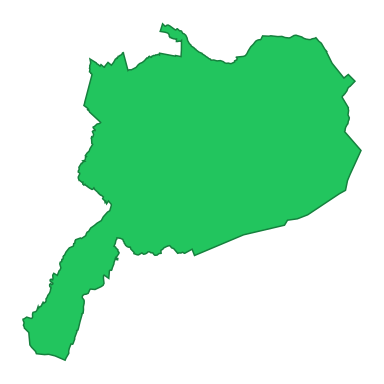 the district of Atlautla, México, Mexico
{"feature_id": "50627088B45951855748023", "entity_name": "Atlautla", "entity_type": "district", "adm_level": 2, "iso_a3": "MEX", "parent_name": "Mexico", "parent_adm1": "México", "projection": "equal_earth", "projection_center": [-98.761, 19.016], "detail": "fine", "context": "isolated", "style": "filled", "palette": "green", "viewbox_px": 384, "rotation_deg": 0, "n_neighbors": 0, "source": "geoboundaries", "source_scale": "gbopen_adm2", "svg_char_len": 5737}
<svg xmlns="http://www.w3.org/2000/svg" viewBox="0 0 384 384"><path d="M84.7,102.4L84.8,102.6L83.9,105.5L87.0,107.8L88.1,108.9L87.5,109.6L88.2,110.3L88.7,110.1L89.6,112.1L100.7,122.4L100.4,122.9L99.2,123.6L97.1,124.0L94.5,126.4L93.1,127.1L93.2,127.8L95.2,130.0L95.0,130.6L94.4,130.4L93.2,130.7L92.4,131.6L93.3,133.5L93.6,134.6L92.8,136.9L92.3,137.1L91.7,136.8L91.6,138.0L91.2,138.2L91.6,139.5L91.8,143.4L92.7,144.3L90.1,148.5L89.1,151.2L87.2,152.9L85.7,155.1L85.3,155.8L86.4,156.6L85.5,157.2L85.3,159.4L84.6,160.4L83.2,160.7L84.5,161.4L83.5,161.6L82.7,162.5L82.5,162.4L81.9,163.5L81.3,163.4L78.9,167.3L79.2,169.4L78.4,170.7L78.2,172.0L79.7,173.1L79.7,174.0L78.2,177.1L78.4,177.5L78.3,178.1L79.1,180.4L79.5,180.3L82.2,182.5L82.8,182.2L82.8,184.1L83.9,185.1L84.9,184.4L85.0,184.9L87.3,186.2L87.2,186.4L89.8,188.2L91.9,189.4L92.8,189.3L93.9,187.9L94.9,189.7L98.7,193.1L98.5,193.3L100.5,195.1L100.8,194.9L103.4,196.9L102.6,198.7L104.7,200.7L105.1,202.4L105.8,201.4L106.6,203.8L108.5,201.0L111.3,204.4L111.3,205.5L109.8,210.7L107.5,212.1L103.3,216.8L101.3,220.6L97.0,223.2L94.3,225.5L90.7,228.0L88.6,231.4L87.2,232.1L86.4,233.5L85.7,235.7L81.5,238.5L80.5,238.0L79.9,238.2L75.7,239.7L75.0,240.9L74.8,243.1L73.7,243.6L73.4,246.1L69.3,247.9L66.0,252.0L64.5,255.2L63.7,255.7L63.1,256.7L63.2,258.1L62.7,259.3L61.9,259.4L61.6,261.6L60.2,262.2L59.8,263.9L60.9,267.9L59.9,270.2L59.2,270.6L57.3,275.4L53.8,273.3L52.7,275.2L53.0,278.1L52.7,279.8L52.2,279.9L51.3,279.2L50.8,279.3L50.2,279.8L50.1,280.9L52.8,283.1L52.9,283.8L52.4,284.4L51.6,284.7L50.7,283.5L49.7,284.4L49.6,285.3L49.8,286.4L50.3,287.1L50.9,287.1L51.1,288.1L50.7,288.7L50.3,291.2L49.4,293.3L47.8,295.4L47.0,297.6L46.0,298.9L46.1,300.7L45.5,302.2L44.8,302.4L44.2,303.1L43.5,303.2L43.3,302.2L43.0,302.2L42.7,303.7L42.3,303.7L41.3,306.0L40.7,306.6L40.3,306.4L39.8,306.7L38.5,308.2L38.1,306.6L36.9,310.3L35.9,311.6L33.0,312.4L32.5,314.1L32.6,317.2L31.8,318.4L30.8,318.4L26.7,317.1L24.2,318.8L23.0,319.2L23.1,320.3L24.0,322.3L24.0,323.5L23.4,325.2L24.3,327.0L24.3,328.0L28.8,332.5L29.9,344.9L31.6,347.3L35.6,351.5L36.4,353.7L44.5,354.6L48.7,354.3L55.1,355.9L65.1,360.2L66.1,357.9L68.8,353.3L68.7,351.1L69.3,348.3L71.0,344.0L72.7,344.2L73.2,343.2L74.8,338.9L74.5,338.2L77.0,331.4L76.7,330.5L77.9,330.1L78.5,328.1L80.0,321.7L82.1,314.4L81.8,314.0L82.8,312.9L83.1,313.0L83.5,309.8L83.4,306.7L84.1,303.4L84.2,300.9L83.9,299.9L82.3,297.8L82.3,296.6L82.7,295.5L84.2,294.4L86.1,294.2L88.2,293.3L90.0,289.3L90.8,289.1L95.0,289.5L101.2,286.6L103.1,285.3L104.0,283.3L103.4,277.9L103.6,275.4L104.2,275.1L108.8,278.4L109.4,270.9L110.2,270.1L111.4,270.3L111.8,269.9L112.3,267.9L113.9,263.9L114.0,262.5L115.1,259.3L117.6,259.8L117.8,258.5L115.5,258.0L116.0,257.1L116.3,257.3L118.9,253.5L119.0,252.9L118.7,252.6L118.9,252.3L117.7,250.9L118.0,250.0L117.5,249.4L116.1,248.2L115.6,247.1L114.0,246.3L115.3,243.3L115.9,240.2L116.7,239.3L117.0,237.8L120.3,238.3L122.8,239.4L123.5,241.4L124.0,241.9L124.4,243.5L124.8,243.7L125.6,245.3L127.3,246.7L129.1,247.3L129.9,247.0L130.4,247.2L130.7,248.9L134.1,252.5L133.9,253.6L137.2,254.8L138.5,254.9L141.9,252.9L143.5,254.2L145.0,254.0L146.7,253.2L148.0,251.9L149.3,251.7L150.9,252.8L152.7,252.8L153.9,254.5L154.9,255.3L157.1,255.1L158.9,253.6L161.1,253.3L160.9,250.4L162.8,249.2L163.8,247.9L166.8,246.4L169.3,245.6L170.1,246.0L171.7,247.9L173.6,248.5L177.7,253.3L179.1,252.9L181.0,253.0L182.4,252.3L182.8,252.3L184.3,253.3L184.9,253.2L192.1,249.2L194.5,255.5L243.6,234.8L284.5,225.2L287.5,220.2L297.4,218.8L307.7,214.8L339.4,193.7L345.5,190.3L347.5,180.6L350.1,174.3L361.0,150.5L344.6,131.6L345.1,130.5L345.2,129.0L345.8,127.0L347.6,123.9L347.9,123.8L348.3,121.1L349.0,119.7L349.3,117.8L348.0,114.9L348.6,110.5L348.2,108.7L348.4,107.8L342.2,97.4L342.4,96.1L343.7,95.2L344.0,94.3L344.6,94.1L346.9,90.9L347.9,88.2L349.3,86.7L350.0,86.4L355.0,81.2L348.3,74.5L343.9,78.0L332.1,63.3L326.3,51.6L326.7,51.4L324.8,49.2L321.3,43.2L318.7,41.1L315.9,37.7L314.8,38.3L312.1,38.8L310.8,39.5L309.3,39.6L306.1,39.1L303.6,38.2L301.9,37.0L296.0,35.2L294.0,35.5L290.4,37.6L289.1,38.0L285.0,37.5L281.9,36.4L277.9,36.6L270.7,35.8L269.0,36.2L262.6,35.9L260.9,39.4L260.3,39.8L259.2,39.7L257.4,40.2L255.7,41.2L253.4,44.2L250.7,46.9L248.3,50.8L246.9,53.7L245.3,55.7L243.4,56.4L236.4,57.1L236.3,57.4L237.2,58.3L236.8,59.8L234.6,60.9L234.6,62.0L231.5,63.5L230.2,63.6L228.4,63.1L226.2,63.3L224.9,62.9L223.2,61.6L220.4,60.6L217.0,60.9L213.8,60.0L211.1,60.2L210.4,59.1L209.0,58.7L207.4,57.3L206.3,56.8L204.8,55.5L202.2,53.9L202.1,53.4L199.0,52.1L196.2,50.0L195.8,49.3L194.7,48.7L193.9,47.7L191.3,46.1L190.8,44.9L189.4,43.7L187.6,40.5L187.1,38.0L185.8,35.3L184.2,33.9L182.7,33.3L181.5,31.1L180.7,30.8L179.7,30.9L177.4,28.8L176.9,28.9L175.9,29.9L175.3,29.9L169.8,25.9L168.0,25.0L166.7,25.3L165.6,26.2L165.1,26.3L162.6,23.8L160.2,31.4L165.0,32.2L167.7,33.0L169.1,34.5L169.3,36.4L170.2,37.6L170.7,37.4L171.8,38.2L174.0,38.9L174.4,38.8L175.7,39.2L176.5,39.0L176.4,41.5L177.9,41.5L179.1,41.1L180.6,41.3L181.5,40.4L181.4,50.3L181.0,56.6L175.5,55.5L175.4,56.2L159.6,53.2L159.5,55.0L158.4,54.3L157.0,54.9L155.7,54.9L154.9,55.6L153.9,55.4L151.8,56.3L151.7,56.9L151.0,57.4L149.4,56.3L148.8,56.6L147.9,58.0L146.9,57.9L146.5,58.6L145.8,59.0L144.7,60.5L142.2,62.5L139.8,63.5L138.3,64.7L136.1,67.4L131.4,69.8L129.3,69.8L128.4,70.1L128.0,70.5L123.4,53.2L123.5,53.0L123.2,52.6L122.5,53.0L122.0,54.1L120.7,55.2L119.8,55.5L119.4,56.1L118.2,56.3L118.0,57.1L117.4,57.5L117.3,58.3L116.5,58.2L115.9,59.0L115.4,59.1L113.6,62.4L111.4,65.2L108.0,62.4L104.8,66.3L104.5,67.2L103.9,67.1L101.0,64.6L100.1,66.1L97.6,64.1L96.9,63.9L96.3,62.9L90.0,59.0L90.7,62.7L90.4,64.0L89.7,65.9L89.9,66.6L89.5,68.5L90.0,69.0L89.5,71.8L90.7,72.6L90.8,73.4L91.5,73.6L92.0,74.7L84.7,102.4Z" fill="#22c55e" stroke="#15803d" stroke-width="1.5"/></svg>